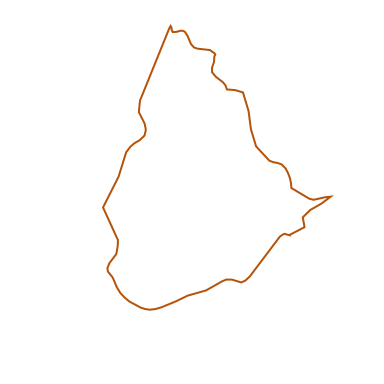 an SVG outline of Annaba, rotated 36°
{"feature_id": "DZA-2163", "entity_name": "Annaba", "entity_type": "Province", "adm_level": 1, "iso_a3": "DZA", "parent_name": "Algeria", "parent_adm1": "", "projection": "natural_earth1", "projection_center": [7.527, 36.848], "detail": "fine", "context": "isolated", "style": "outline", "palette": "amber", "viewbox_px": 384, "rotation_deg": 36, "n_neighbors": 0, "source": "natural_earth", "source_scale": "10m", "svg_char_len": 1205}
<svg xmlns="http://www.w3.org/2000/svg" viewBox="0 0 384 384"><g transform="rotate(36 192 192)"><path d="M77.1,70.3L78.7,71.0L80.5,73.0L82.3,73.9L85.0,71.9L88.1,68.1L90.0,66.9L92.1,66.6L96.2,68.1L104.2,72.9L108.5,73.9L112.2,72.8L123.1,66.6L128.9,66.6L130.1,67.1L130.4,69.2L133.4,73.9L135.2,79.9L138.0,83.4L143.8,84.8L152.4,85.0L156.2,86.0L160.0,88.5L167.0,84.2L174.7,81.5L190.1,93.2L202.8,106.6L217.0,117.4L236.1,121.2L240.3,120.1L244.1,118.2L248.3,117.0L253.7,117.9L258.5,120.2L262.9,123.1L266.7,126.5L270.1,130.4L290.7,128.5L295.0,126.8L302.8,118.0L306.9,114.3L303.6,125.1L298.3,136.9L296.5,147.4L303.7,154.3L296.1,169.5L296.3,169.6L294.5,170.4L291.6,171.3L290.5,173.0L289.3,176.4L288.4,226.3L287.2,232.4L285.0,236.2L275.8,239.4L271.3,242.6L268.9,246.5L261.2,263.4L249.4,278.4L243.1,290.2L234.6,303.9L231.1,308.3L227.1,312.0L222.9,314.2L218.4,315.7L205.9,317.4L199.5,317.0L193.3,315.8L187.1,313.2L179.7,308.7L177.4,307.6L170.7,305.8L168.3,303.3L167.0,298.1L167.2,286.6L163.7,279.4L160.3,274.4L129.1,256.8L123.6,222.8L115.4,198.6L115.5,191.6L116.8,186.2L119.2,181.0L120.4,174.2L118.1,168.8L113.5,164.5L102.0,158.6L96.2,148.6L77.5,73.3L77.1,70.3Z" fill="none" stroke="#b45309" stroke-width="2"/></g></svg>